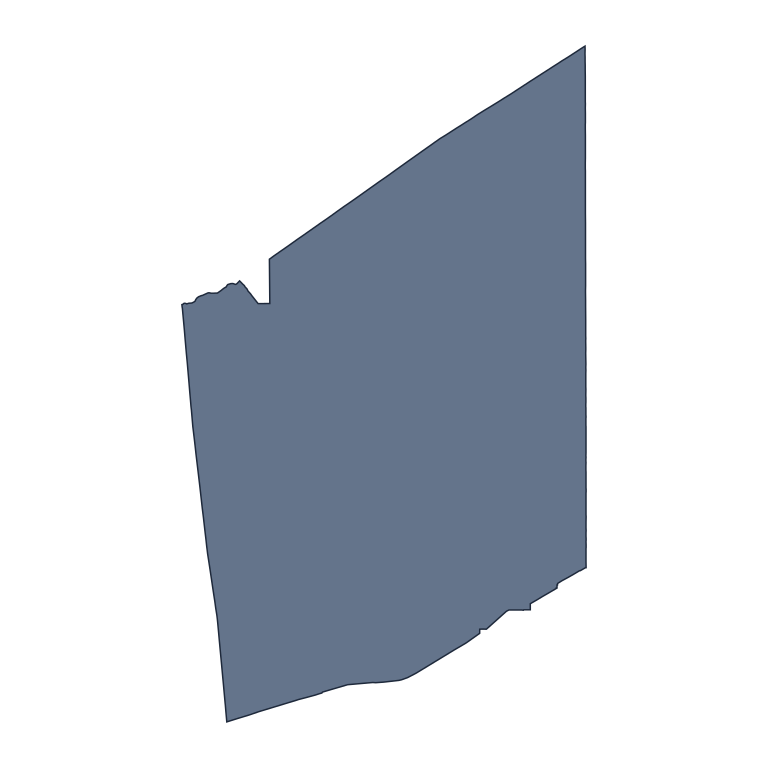 Khlong Luang, Pathum Thani, Thailand (Equal Earth projection)
{"feature_id": "78962969B47132537574289", "entity_name": "Khlong Luang", "entity_type": "district", "adm_level": 2, "iso_a3": "THA", "parent_name": "Thailand", "parent_adm1": "Pathum Thani", "projection": "equal_earth", "projection_center": [100.696, 14.103], "detail": "fine", "context": "isolated", "style": "filled", "palette": "slate", "viewbox_px": 768, "rotation_deg": 0, "n_neighbors": 0, "source": "geoboundaries", "source_scale": "gbopen_adm2", "svg_char_len": 5795}
<svg xmlns="http://www.w3.org/2000/svg" viewBox="0 0 768 768"><path d="M181.9,304.6L182.1,306.8L182.4,308.5L182.9,314.1L183.8,323.8L184.4,330.4L185.1,338.9L186.4,353.8L187.2,362.0L187.8,369.0L189.0,382.9L189.7,391.4L190.5,400.5L191.0,406.6L191.4,409.9L192.5,422.8L192.8,426.4L193.2,429.7L194.2,438.0L195.2,446.7L196.0,454.1L197.0,462.5L199.8,486.1L202.3,508.4L203.4,517.3L205.1,532.3L205.9,539.0L206.7,546.4L207.2,550.3L207.6,553.7L209.0,562.7L210.3,571.3L211.5,579.4L212.5,586.2L213.7,594.2L214.8,601.3L215.7,608.0L216.9,615.5L217.3,618.9L217.7,622.8L218.6,632.5L219.2,639.2L220.1,648.9L221.4,662.7L222.0,669.1L222.7,676.8L223.3,683.1L225.2,703.9L225.3,704.7L225.8,710.8L226.8,721.9L237.9,718.4L249.1,715.0L258.7,711.7L271.2,707.9L297.8,699.8L297.9,699.7L306.7,697.4L315.5,695.0L319.1,693.8L321.9,693.0L322.0,692.9L322.3,692.3L322.4,692.2L322.5,692.1L331.6,689.4L347.6,684.7L372.8,682.5L375.7,682.7L383.8,682.1L398.9,680.4L401.5,679.8L407.6,677.6L416.2,673.1L453.8,650.2L466.2,642.9L479.7,633.3L479.7,629.2L481.7,629.1L483.9,629.1L486.4,629.2L505.5,612.1L506.4,611.3L508.7,610.1L509.0,610.0L516.0,610.0L521.8,610.0L523.3,610.2L523.5,610.2L523.7,609.9L523.8,609.8L524.4,609.8L528.5,609.8L530.3,609.8L530.3,609.7L530.3,606.3L530.3,603.7L536.9,599.9L542.5,596.5L547.9,593.4L556.2,588.5L556.2,588.0L557.0,588.0L557.0,585.0L557.5,585.0L557.6,583.5L557.7,583.4L559.8,582.1L560.9,581.4L562.0,580.7L564.6,579.3L568.3,577.3L574.4,573.8L579.6,570.7L580.3,570.7L585.3,567.8L586.1,567.7L586.0,561.9L586.0,560.3L586.0,557.8L586.0,555.9L586.0,554.4L586.0,552.4L586.0,551.8L586.0,550.0L586.0,548.6L586.1,547.6L586.1,545.0L586.0,541.6L586.1,540.2L586.1,538.6L586.0,536.2L586.0,534.9L586.0,532.8L586.1,530.6L586.0,527.8L586.0,526.2L586.0,525.1L586.0,522.9L586.0,521.9L586.1,517.3L586.1,516.2L586.0,514.8L586.0,514.0L586.0,512.6L586.0,511.3L586.0,509.7L586.0,507.9L586.0,506.2L586.0,503.9L586.0,501.3L586.0,500.1L586.0,498.6L586.0,496.4L586.0,493.5L586.0,492.8L586.1,492.0L586.1,491.0L586.1,489.2L586.0,487.8L586.0,482.6L586.0,480.9L586.0,479.3L586.0,476.9L586.0,475.6L586.0,474.1L586.0,472.7L586.0,472.1L585.9,470.1L585.9,469.4L585.9,467.9L585.9,467.0L585.9,465.8L585.9,465.4L586.0,462.7L586.0,462.3L585.9,461.1L585.9,459.1L585.9,458.7L586.0,458.1L586.0,457.6L586.0,457.3L586.0,456.6L585.9,456.1L586.0,452.8L586.0,450.2L586.0,448.0L586.0,445.1L586.0,443.7L586.0,440.9L586.0,437.2L586.0,436.0L586.0,434.6L586.0,433.8L586.0,430.2L586.0,427.9L586.0,426.6L585.9,425.5L585.9,424.3L585.9,422.0L585.9,419.1L585.9,418.4L586.0,417.5L586.0,416.8L586.0,416.1L585.9,415.0L585.9,414.3L585.9,411.2L585.9,409.5L585.9,408.2L585.9,407.7L585.8,406.8L585.8,406.4L585.8,404.1L585.9,402.1L585.9,400.2L585.9,398.0L585.8,395.7L585.8,394.4L585.9,389.4L585.8,386.7L585.8,382.0L585.8,378.8L585.8,375.2L585.8,373.4L585.9,370.3L585.8,367.3L585.9,364.2L585.7,353.1L585.8,349.6L585.8,347.8L585.7,341.6L585.7,340.5L585.8,338.6L585.7,335.7L585.7,332.4L585.7,329.4L585.7,327.2L585.7,326.3L585.7,323.4L585.7,319.6L585.6,305.8L585.6,304.0L585.6,300.3L585.5,292.2L585.5,290.4L585.6,285.8L585.6,278.3L585.6,274.7L585.6,269.7L585.6,263.8L585.5,258.4L585.5,242.5L585.5,236.3L585.5,228.7L585.5,223.4L585.4,213.1L585.4,209.9L585.4,205.6L585.4,203.9L585.4,193.1L585.4,191.4L585.4,185.6L585.4,185.2L585.4,182.4L585.4,181.4L585.4,176.4L585.4,174.4L585.4,170.9L585.3,168.4L585.3,164.6L585.3,162.7L585.4,158.1L585.4,151.0L585.4,149.7L585.4,146.2L585.4,145.5L585.4,141.7L585.4,140.3L585.4,135.7L585.3,128.5L585.3,125.4L585.3,124.3L585.4,122.7L585.4,118.5L585.4,113.2L585.3,108.0L585.4,103.7L585.3,101.9L585.3,100.1L585.3,99.3L585.3,95.6L585.3,89.9L585.3,83.9L585.3,82.1L585.3,76.4L585.2,70.1L585.2,65.5L585.1,61.8L585.1,59.4L585.1,57.4L585.0,53.7L585.1,49.1L585.0,46.1L580.9,48.7L568.2,57.0L562.0,60.8L557.3,63.9L552.9,66.7L547.5,70.2L542.5,73.4L530.5,81.1L517.2,89.8L510.8,94.0L504.3,98.0L497.7,102.2L484.1,110.5L477.5,114.6L470.4,119.4L465.4,122.5L461.7,124.9L456.7,128.0L451.6,131.3L445.4,135.3L441.1,137.9L440.0,138.6L438.7,139.5L436.5,141.1L434.7,142.3L433.1,143.5L428.7,146.6L421.9,151.4L407.8,161.4L401.8,165.7L397.0,169.1L388.3,175.4L379.5,181.5L370.9,187.6L357.7,197.0L351.6,201.3L344.3,206.3L337.7,211.0L331.1,215.8L324.7,220.3L321.3,222.6L308.1,231.9L303.0,235.5L297.6,239.2L292.3,243.0L286.8,246.9L280.6,251.2L274.3,255.6L269.4,259.2L269.8,303.5L262.7,303.6L258.1,303.6L251.7,295.5L250.6,293.9L249.8,293.0L248.7,291.8L248.5,291.6L248.1,291.1L247.8,290.7L247.2,289.3L247.0,289.1L246.9,288.8L246.7,288.6L246.4,288.3L245.0,286.8L244.7,286.4L244.6,286.2L244.5,285.9L244.5,285.7L244.4,285.6L242.6,284.0L241.3,282.6L239.6,280.9L239.3,281.2L237.0,283.6L236.9,283.7L236.7,283.8L236.5,284.0L235.4,284.4L235.2,284.4L234.3,284.0L233.8,283.8L233.6,283.7L233.0,283.6L232.3,283.5L231.1,283.6L230.7,283.6L230.2,283.8L228.2,284.4L227.7,284.6L227.4,285.0L227.0,285.5L226.8,285.8L226.6,286.2L226.4,286.5L226.3,286.8L226.1,286.9L226.1,287.0L225.9,287.1L224.8,287.7L224.1,288.1L222.5,289.3L221.1,290.5L218.2,292.5L217.7,292.9L217.5,293.0L217.3,293.0L217.1,293.1L215.7,293.1L213.5,293.2L211.6,293.2L211.0,293.2L210.8,293.1L210.6,293.1L209.3,292.8L209.0,292.8L208.6,292.8L208.1,292.9L207.7,293.0L206.4,293.6L204.4,294.5L202.7,295.3L202.2,295.5L201.8,295.5L201.5,295.6L201.1,295.7L201.0,295.8L200.6,295.9L200.2,296.1L199.8,296.3L199.5,296.4L199.3,296.4L199.2,296.5L198.3,296.9L198.0,297.2L196.8,298.1L196.7,298.3L196.4,298.7L196.1,299.1L195.9,299.4L195.6,299.9L195.5,300.2L195.2,300.8L195.1,301.1L194.9,301.3L194.7,301.5L193.7,302.1L192.9,302.5L191.9,303.0L191.6,303.0L191.0,303.1L189.2,303.2L188.5,303.3L188.2,303.4L187.1,303.8L186.8,303.9L186.7,303.8L186.4,303.7L186.1,303.6L185.9,303.5L185.6,303.4L184.8,303.3L184.5,303.3L184.4,303.3L184.0,303.4L183.7,303.5L183.1,304.1L182.9,304.3L182.6,304.4L181.9,304.6Z" fill="#64748b" stroke="#1e293b" stroke-width="1.5"/></svg>